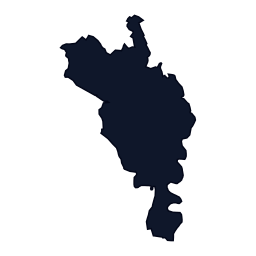 the district of Janub Al Jazirah, Gezira, Sudan
{"feature_id": "16777658B42826552417214", "entity_name": "Janub Al Jazirah", "entity_type": "district", "adm_level": 2, "iso_a3": "SDN", "parent_name": "Sudan", "parent_adm1": "Gezira", "projection": "orthographic", "projection_center": [33.449, 14.094], "detail": "fine", "context": "isolated", "style": "filled", "palette": "ink", "viewbox_px": 256, "rotation_deg": 0, "n_neighbors": 0, "source": "geoboundaries", "source_scale": "gbopen_adm2", "svg_char_len": 3732}
<svg xmlns="http://www.w3.org/2000/svg" viewBox="0 0 256 256"><path d="M66.2,44.0L62.5,45.5L60.6,47.7L61.4,48.2L62.2,48.7L63.4,49.0L64.0,49.2L64.7,49.5L65.1,50.0L65.5,50.9L66.6,52.3L66.3,53.6L65.8,55.2L66.1,56.3L66.7,56.8L67.5,57.3L68.6,58.5L68.8,60.6L69.3,63.0L68.3,68.6L65.7,70.8L64.5,75.3L65.3,77.1L68.2,77.1L70.5,78.6L73.2,80.4L76.5,85.0L95.4,95.5L96.0,94.8L96.9,95.3L96.8,96.4L98.6,97.5L101.3,99.4L104.1,101.2L107.7,101.3L108.8,102.4L103.5,102.9L101.8,107.7L99.1,109.8L99.2,114.1L102.0,118.2L103.0,121.4L103.4,129.0L101.8,129.3L101.8,131.3L101.4,132.4L101.0,133.2L107.9,138.5L109.0,139.7L112.8,144.0L116.6,147.8L117.9,151.4L118.6,154.6L119.3,156.6L120.2,157.8L121.2,159.3L121.7,162.9L123.3,166.2L123.9,167.5L123.9,168.4L124.5,169.1L128.0,170.5L129.0,170.9L130.0,171.3L133.1,171.7L134.9,172.0L135.3,171.5L136.4,172.7L136.8,174.1L136.2,175.4L134.3,177.4L134.1,180.8L134.1,184.3L134.4,186.3L135.5,187.6L137.0,187.6L138.1,187.3L139.1,186.5L141.2,185.4L145.2,185.4L147.0,185.5L148.6,185.5L150.5,185.8L151.0,186.2L151.2,186.9L150.9,187.6L150.7,188.5L150.8,189.2L151.2,189.8L152.2,189.7L152.7,189.0L152.7,188.0L152.8,187.0L153.1,186.5L153.9,186.4L154.9,186.6L155.5,189.5L155.2,196.0L154.6,197.8L152.8,204.5L152.3,207.1L151.4,208.1L149.4,210.7L148.5,215.0L147.6,217.8L146.5,221.7L147.6,229.2L151.1,228.6L152.2,231.8L153.4,235.8L154.1,235.8L160.6,236.8L161.5,236.8L162.2,237.1L162.7,237.8L165.3,237.7L167.5,240.3L171.3,240.6L173.2,240.6L173.4,237.2L173.4,233.8L174.9,231.1L175.3,230.5L176.1,229.3L177.2,227.7L178.6,226.1L179.2,225.2L180.0,224.0L181.9,222.0L182.0,219.9L181.9,218.8L181.7,216.6L181.4,214.5L180.0,212.6L177.4,212.5L172.9,212.3L171.9,212.0L171.3,211.8L170.4,211.5L168.3,210.8L167.3,208.8L167.5,206.8L168.9,205.2L170.5,203.6L172.2,203.1L173.5,202.7L175.8,202.7L177.5,203.2L178.4,203.4L179.4,203.4L181.6,201.4L180.8,199.3L179.3,197.2L176.7,195.9L175.8,195.4L174.1,194.7L170.4,192.8L168.2,190.7L167.6,189.0L166.9,187.4L167.1,184.8L168.4,183.7L168.9,183.3L170.7,181.9L172.0,182.3L173.4,182.7L175.4,183.3L176.2,183.5L177.4,183.4L177.8,182.9L178.9,182.1L179.7,181.7L181.6,179.9L181.9,178.8L182.3,178.0L182.7,177.2L183.1,175.3L182.7,172.8L182.5,171.6L182.3,170.6L182.1,168.9L181.5,166.9L179.6,164.7L177.1,161.9L177.3,159.7L178.7,158.9L181.4,159.0L184.7,159.3L185.4,158.2L186.1,156.2L186.1,154.9L186.1,153.5L185.8,150.5L182.1,145.8L181.3,141.4L182.2,138.9L186.9,137.9L189.7,134.9L191.0,127.9L192.5,126.0L193.5,124.1L194.2,122.7L195.4,120.0L194.8,117.2L191.6,113.3L191.0,113.4L190.2,112.7L190.1,111.7L190.6,110.9L189.9,107.4L188.8,103.8L187.3,102.8L183.7,98.7L182.6,98.6L181.5,97.7L181.8,96.5L183.2,96.2L183.8,95.0L183.1,91.0L181.9,87.0L178.4,83.3L177.3,81.7L175.7,79.6L174.9,76.0L173.9,75.1L172.0,74.7L168.4,74.2L169.2,75.9L169.0,77.3L168.4,78.1L167.1,78.1L166.2,77.0L165.5,76.9L164.8,75.5L163.7,75.9L162.7,76.6L162.4,75.7L162.5,74.6L162.1,73.3L161.9,72.0L161.1,70.2L160.3,68.1L160.4,66.5L161.6,63.5L161.0,62.9L159.5,63.5L157.9,66.6L157.2,67.4L156.4,67.4L155.5,67.0L150.7,68.7L145.6,66.7L147.5,62.3L147.9,60.6L147.7,58.6L147.3,57.3L149.3,55.6L150.0,54.1L150.1,52.6L149.0,50.7L147.6,47.7L145.9,44.8L146.8,43.7L145.0,39.6L143.2,36.3L144.0,35.4L143.3,33.7L141.1,29.4L139.1,23.9L138.7,23.0L143.2,20.3L141.6,19.1L138.6,16.9L134.5,15.4L131.6,17.9L129.6,16.9L127.9,18.7L127.1,20.4L126.7,21.0L128.2,21.8L128.9,22.7L127.3,24.5L127.1,26.2L129.3,29.5L132.8,31.2L133.2,32.9L130.6,36.4L133.1,38.0L134.3,45.0L134.8,47.2L132.2,47.0L130.0,48.0L128.5,48.4L126.7,46.7L124.5,44.0L123.6,45.5L123.0,47.8L121.5,50.7L115.4,50.2L110.3,55.0L106.2,52.7L104.8,49.1L102.5,47.7L101.0,45.5L100.6,44.3L99.2,42.5L97.8,40.6L93.2,36.8L88.7,35.5L87.5,37.7L86.0,39.9L82.2,37.0L75.7,43.4L69.4,44.1L66.2,44.0Z" fill="#0f172a" stroke="#020617" stroke-width="1.5"/></svg>